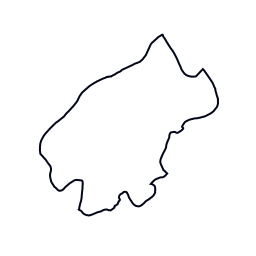 the district of Al Husha, Al Dali', Yemen, rotated 218°
{"feature_id": "15242507B64675128593967", "entity_name": "Al Husha", "entity_type": "district", "adm_level": 2, "iso_a3": "YEM", "parent_name": "Yemen", "parent_adm1": "Al Dali'", "projection": "natural_earth1", "projection_center": [44.455, 13.752], "detail": "fine", "context": "isolated", "style": "outline", "palette": "ink", "viewbox_px": 256, "rotation_deg": 218, "n_neighbors": 0, "source": "geoboundaries", "source_scale": "gbopen_adm2", "svg_char_len": 5662}
<svg xmlns="http://www.w3.org/2000/svg" viewBox="0 0 256 256"><g transform="rotate(218 128 128)"><path d="M109.3,33.2L107.2,33.8L104.8,35.1L103.1,37.5L99.9,43.2L97.9,45.7L97.4,47.0L97.1,47.8L96.7,48.4L95.8,49.6L94.7,50.6L94.1,50.9L92.7,51.3L91.6,52.1L90.9,52.4L90.1,55.3L89.8,56.0L89.8,57.2L90.3,57.6L90.5,58.5L90.1,59.1L89.8,59.9L89.4,61.3L89.4,62.1L89.7,62.8L89.8,63.7L90.2,64.4L90.2,64.6L90.0,65.3L90.0,65.7L90.0,66.1L90.1,66.3L90.4,66.6L90.7,66.8L91.3,67.0L91.6,67.1L92.0,67.4L92.5,68.0L92.9,68.7L93.2,69.4L93.2,69.9L93.2,70.6L93.0,71.4L92.8,72.1L92.4,72.7L92.1,73.4L92.1,74.1L92.0,74.8L91.6,75.5L91.1,75.9L90.4,76.3L89.7,76.5L89.0,76.4L88.5,76.1L88.3,75.9L88.1,75.9L87.4,75.7L86.8,75.4L86.1,75.0L85.6,74.6L84.9,74.1L83.6,73.5L82.9,73.3L82.2,73.0L81.4,72.7L80.8,72.6L79.3,72.0L77.2,71.4L76.5,71.3L75.2,71.3L74.5,71.5L73.7,71.5L73.0,71.9L72.3,72.2L71.7,72.6L71.1,73.0L70.7,73.7L70.3,74.3L70.0,75.1L69.7,75.8L69.4,77.5L69.2,78.2L69.0,79.8L69.0,80.6L68.8,81.5L68.6,82.3L68.0,83.7L67.7,84.4L67.6,85.2L67.3,85.9L67.2,86.7L66.7,88.2L66.6,88.9L66.5,89.8L66.4,90.7L66.5,91.4L66.6,91.6L66.6,92.6L66.9,93.8L68.4,95.9L69.4,97.2L70.5,98.2L71.2,98.6L72.7,98.8L73.6,98.7L75.1,98.3L75.6,98.0L75.6,98.8L75.5,99.7L75.4,101.2L75.1,102.7L75.0,103.5L74.7,104.3L74.4,105.0L73.7,106.3L73.2,107.0L72.9,107.7L72.1,108.9L71.6,109.5L70.3,110.5L69.6,112.0L69.3,113.3L69.2,114.7L69.1,116.3L71.5,116.5L72.2,116.7L72.8,116.8L73.2,116.8L73.7,116.6L74.1,116.7L74.5,116.8L74.8,117.0L75.6,117.5L79.1,119.3L81.2,120.6L81.6,121.1L82.5,122.3L83.3,124.2L83.5,125.3L83.7,125.5L84.1,127.2L84.9,130.6L85.3,133.2L85.9,135.7L86.5,136.9L87.3,138.1L88.0,139.9L88.6,141.9L89.7,146.1L90.3,146.8L90.9,147.8L91.3,148.7L91.5,149.6L91.5,150.8L91.0,151.4L90.2,152.4L89.6,153.0L88.6,153.8L87.1,154.0L86.2,154.4L85.8,155.0L84.5,158.5L84.2,159.9L84.1,161.4L84.4,161.9L85.8,162.2L86.1,162.2L86.3,162.5L86.6,164.3L86.8,167.0L86.8,167.6L86.6,168.4L86.2,169.3L84.7,172.4L81.4,176.6L80.4,177.5L80.1,177.7L79.7,178.1L79.3,178.5L78.9,179.0L78.6,179.5L77.6,180.4L77.3,180.9L76.8,181.6L76.4,182.2L75.9,182.9L75.5,183.2L75.1,183.7L74.4,184.9L74.1,185.4L73.8,186.1L73.3,187.2L73.1,187.7L72.5,188.9L72.2,189.5L72.0,190.1L71.8,190.7L71.5,191.4L71.4,192.0L71.2,192.6L70.9,193.8L70.9,196.4L70.9,197.0L70.9,198.9L71.0,199.7L71.2,200.4L71.6,201.5L71.9,202.1L72.2,202.7L72.8,203.6L73.2,204.0L73.7,204.5L74.0,204.9L74.7,206.0L74.8,206.0L75.3,206.5L75.8,206.8L77.1,207.7L78.3,208.5L78.8,208.9L80.0,209.8L80.7,210.3L82.1,211.3L82.6,211.8L83.1,212.4L83.7,212.8L84.3,213.1L84.9,213.3L86.8,214.4L87.4,214.7L88.0,215.0L89.2,215.7L94.0,217.3L103.4,220.2L105.3,220.5L106.1,211.5L106.2,211.0L106.4,210.3L106.9,209.8L107.7,209.1L108.5,208.4L109.4,207.7L109.5,207.6L109.9,207.4L112.1,206.3L112.4,206.2L113.0,206.0L113.9,205.8L115.0,205.6L115.9,205.6L116.8,205.6L117.7,205.8L118.6,206.0L119.5,206.3L120.5,206.6L121.4,206.9L122.2,207.3L123.9,208.3L124.7,208.8L125.6,209.3L126.5,209.6L128.3,210.6L129.2,211.2L132.1,212.7L133.0,213.1L133.8,213.6L134.8,214.0L137.9,215.4L140.6,216.4L141.7,216.7L142.6,216.9L144.4,217.4L145.3,217.8L146.3,218.1L147.2,218.4L148.9,219.1L149.9,219.4L152.6,220.5L154.4,221.2L155.3,221.4L156.3,221.7L157.1,222.2L158.1,222.8L158.6,222.4L159.2,220.6L160.1,218.4L160.4,216.3L161.6,209.5L161.6,208.1L158.8,196.4L158.8,190.7L159.5,187.2L162.3,182.7L163.3,180.3L168.7,169.8L168.6,169.2L168.8,168.3L169.1,167.4L169.5,166.7L169.9,166.0L170.3,165.2L170.9,163.6L171.2,162.8L171.3,162.1L171.7,161.5L172.3,160.2L172.6,159.6L172.9,158.8L173.1,158.1L173.8,157.6L174.3,157.1L174.9,156.5L175.3,155.7L175.7,155.6L176.2,155.1L176.5,154.4L176.7,153.7L177.5,152.5L178.3,151.2L179.7,148.5L180.0,147.8L180.3,147.1L181.1,145.7L181.3,145.0L181.6,144.3L181.9,143.7L182.4,142.4L183.0,140.8L183.5,139.4L183.7,138.7L184.0,137.9L184.4,136.3L184.5,135.6L184.8,134.1L184.9,133.3L185.3,131.6L185.4,130.8L185.7,129.1L186.0,127.4L185.9,126.7L185.9,126.0L185.8,125.1L185.8,124.3L185.7,123.3L185.6,122.6L185.4,121.8L185.1,120.3L184.9,119.6L184.7,118.9L184.5,116.6L184.5,115.7L184.5,114.9L184.5,113.4L184.6,112.5L184.5,111.8L184.6,110.8L184.6,110.0L184.8,109.3L184.8,108.4L184.9,106.9L185.0,106.1L185.1,104.5L185.3,103.6L185.3,102.9L185.5,102.1L185.6,101.3L185.5,100.6L185.6,99.8L185.5,97.8L187.4,89.8L188.1,87.7L188.2,86.9L188.3,86.0L188.4,85.2L188.6,84.5L188.6,83.8L188.7,83.1L188.8,82.3L188.9,81.6L189.0,80.7L189.1,80.0L189.2,79.0L189.3,77.3L189.5,74.4L189.6,73.7L189.6,72.9L189.6,70.3L189.5,69.6L189.4,68.9L189.3,68.1L189.2,67.4L189.0,66.6L188.9,65.8L188.7,65.0L188.5,64.2L188.2,63.5L187.9,62.7L187.6,61.9L185.8,59.0L185.4,58.4L184.9,57.9L184.5,57.5L184.1,56.6L181.2,53.7L173.3,52.3L169.9,51.2L165.6,50.1L165.3,49.8L164.1,49.0L163.6,48.5L163.1,48.0L162.7,47.4L162.4,46.7L161.0,43.7L160.5,43.1L160.1,42.4L159.6,41.9L158.5,40.9L158.0,40.4L157.4,40.0L156.8,39.5L156.1,38.9L155.4,38.5L154.9,38.2L154.0,37.8L152.8,37.4L152.1,37.2L150.9,36.8L150.3,36.5L149.7,36.3L149.0,36.4L148.2,36.4L147.6,36.3L146.8,36.2L146.1,36.1L145.3,36.0L144.7,36.0L144.0,36.1L143.4,36.3L142.1,37.6L141.7,38.4L141.4,39.1L141.2,39.9L141.0,42.9L140.9,43.7L140.5,45.2L140.4,46.0L140.3,46.8L140.1,47.5L139.9,48.3L139.6,49.2L139.4,50.0L138.8,51.5L138.3,53.1L137.9,53.9L137.4,54.5L137.0,55.1L136.5,55.5L135.9,55.9L135.3,56.2L134.8,56.6L134.0,57.1L133.4,57.5L132.8,57.8L132.2,58.1L131.6,58.2L130.9,57.8L130.4,57.4L129.3,56.1L128.8,55.5L128.4,54.7L128.0,54.1L127.5,53.5L127.0,52.9L126.6,52.2L126.2,51.6L125.4,50.3L124.0,48.1L122.7,46.0L122.3,45.5L121.1,43.6L120.8,42.9L120.3,42.0L120.0,41.4L119.5,40.0L119.2,39.2L118.2,37.1L117.7,35.9L117.5,35.5L116.7,34.2L116.6,33.4L115.1,33.6L114.0,33.8L113.0,33.7L111.7,33.3L110.8,33.2L109.3,33.2Z" fill="none" stroke="#020617" stroke-width="2"/></g></svg>